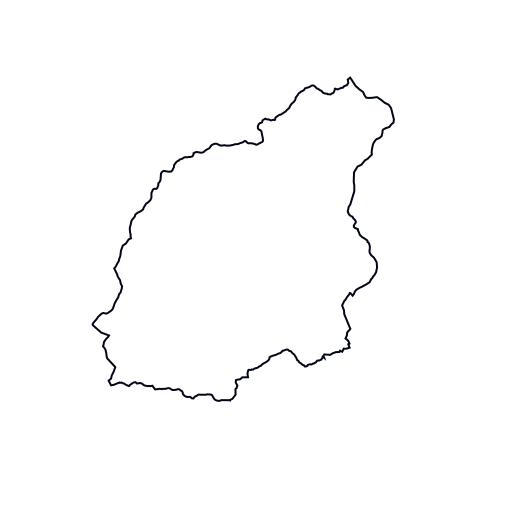 Petrila, Hunedoara, Romania (Albers equal-area conic projection), rotated 242°
{"feature_id": "2599482B59841529330805", "entity_name": "Petrila", "entity_type": "district", "adm_level": 2, "iso_a3": "ROU", "parent_name": "Romania", "parent_adm1": "Hunedoara", "projection": "albers", "projection_center": [23.488, 45.463], "detail": "fine", "context": "isolated", "style": "outline", "palette": "ink", "viewbox_px": 512, "rotation_deg": 242, "n_neighbors": 0, "source": "geoboundaries", "source_scale": "gbopen_adm2", "svg_char_len": 6113}
<svg xmlns="http://www.w3.org/2000/svg" viewBox="0 0 512 512"><g transform="rotate(242 256 256)"><path d="M369.3,422.9L368.7,419.8L366.0,419.0L365.3,418.4L364.2,416.5L364.5,413.4L363.8,411.7L364.3,410.6L364.8,406.2L366.7,404.4L366.6,404.1L365.5,403.3L364.2,401.7L363.6,400.3L363.9,399.3L363.7,397.7L365.2,395.2L365.9,395.0L366.8,393.5L368.5,391.9L371.0,391.3L372.9,390.0L374.1,389.5L375.4,388.4L378.7,387.4L379.6,386.7L380.1,385.9L380.4,384.8L380.2,384.1L380.2,382.0L381.0,378.0L380.1,376.4L379.9,375.8L379.9,374.0L380.1,373.2L379.7,371.6L379.6,370.1L378.4,368.2L377.3,365.5L376.2,364.7L375.2,363.6L374.4,361.9L373.5,358.4L372.5,356.6L371.3,355.1L370.9,354.1L370.5,352.1L369.7,349.9L369.6,348.9L369.2,344.2L369.6,343.3L369.6,342.4L369.2,338.9L368.7,337.8L367.4,336.8L367.4,336.1L368.3,334.9L368.6,333.0L370.8,331.1L371.5,329.8L372.9,328.7L372.8,325.9L372.6,325.4L371.2,324.1L371.2,323.0L371.5,322.0L371.0,320.0L369.6,318.5L368.1,317.7L366.7,317.7L364.6,319.1L363.7,319.3L356.8,317.3L354.6,316.4L353.9,315.5L353.8,314.8L353.9,310.9L353.8,309.7L354.1,308.5L355.9,307.0L357.7,304.9L359.2,302.1L359.9,301.6L362.1,300.9L362.8,300.2L362.6,297.4L363.1,295.1L363.3,292.7L364.6,289.7L364.8,288.0L365.9,284.5L367.6,281.3L368.8,279.9L369.3,278.0L370.1,277.0L370.3,276.3L373.4,274.1L374.1,273.1L374.6,271.5L374.8,269.2L374.5,268.2L373.1,265.6L373.0,261.1L372.3,258.2L373.0,255.9L375.6,252.6L376.0,251.3L376.1,249.1L375.1,248.6L373.9,246.9L373.8,246.4L374.1,245.5L374.3,244.4L375.1,243.0L375.5,241.4L376.2,240.5L376.8,238.7L376.5,236.3L377.0,233.7L376.5,232.7L376.6,231.1L376.2,229.5L375.3,227.5L374.6,226.3L372.7,225.0L372.0,223.7L371.0,222.6L370.4,221.0L370.7,219.9L371.8,217.9L374.4,214.6L374.5,213.3L374.2,212.0L373.2,210.7L368.0,207.4L366.6,205.6L366.0,203.9L364.3,202.9L362.7,201.2L362.1,199.7L362.2,199.2L363.0,197.8L363.2,197.0L362.9,196.1L360.8,193.3L356.9,191.2L356.0,190.4L354.9,188.9L354.0,185.8L353.8,183.5L351.2,179.2L350.2,178.2L349.9,177.4L349.6,174.1L349.8,171.7L349.3,169.2L349.0,168.6L347.8,167.6L345.9,163.1L344.5,161.6L342.7,160.3L341.2,158.7L339.5,157.4L336.0,155.9L333.9,155.4L332.0,154.4L330.3,154.0L330.2,153.6L330.5,152.2L330.4,151.3L328.1,147.0L327.8,144.0L327.5,143.0L324.0,139.2L319.7,136.2L317.2,133.4L315.8,132.4L315.3,131.3L312.3,126.8L311.6,125.0L305.7,124.8L302.8,124.3L298.4,124.6L295.9,123.8L293.3,123.5L292.2,123.6L290.2,122.1L287.3,119.2L286.6,117.3L284.2,114.9L282.2,111.4L281.1,110.0L280.3,108.7L277.3,105.6L276.1,103.9L275.7,102.2L275.3,98.9L275.4,97.0L275.7,96.3L277.4,94.5L277.6,92.6L276.4,88.0L275.0,85.4L273.4,81.1L272.3,79.6L271.4,79.5L261.2,83.3L254.8,88.9L253.9,87.2L253.1,84.7L251.5,81.5L249.2,79.7L248.1,78.5L245.6,79.1L243.5,79.0L240.9,78.3L236.6,76.7L235.3,76.6L224.0,79.6L220.9,76.3L218.1,72.4L215.8,70.5L215.1,67.4L209.9,67.3L209.0,69.9L208.6,74.7L208.3,75.4L208.4,76.1L207.7,76.7L207.5,77.7L206.9,78.3L206.4,78.3L206.2,78.7L205.3,79.7L203.9,80.3L201.0,82.5L200.8,83.1L201.2,83.7L201.7,87.1L201.7,88.8L201.3,90.1L200.9,90.5L199.3,91.0L198.3,93.9L198.0,94.4L196.8,95.4L194.2,96.6L193.0,98.0L191.9,99.3L191.4,100.8L190.6,101.7L190.1,103.6L185.6,104.3L185.2,105.4L184.4,107.1L184.0,108.7L182.7,110.2L182.6,111.1L181.2,113.7L181.2,114.3L180.4,116.7L179.6,117.8L177.9,118.6L176.8,119.5L175.5,122.3L175.1,124.4L174.6,125.4L171.2,127.2L169.7,127.2L168.8,126.7L168.1,126.7L165.7,127.4L164.1,128.7L162.4,131.9L160.6,132.5L160.1,133.0L159.6,133.9L160.5,135.8L160.5,137.1L160.3,137.9L160.6,138.9L160.5,140.5L159.6,141.8L156.9,146.9L156.8,148.0L154.9,151.0L153.6,152.0L152.7,151.8L148.8,152.1L147.1,153.2L146.2,154.2L145.4,155.5L145.1,156.3L145.0,157.8L141.4,164.4L141.1,165.2L140.8,165.3L141.1,165.6L140.9,167.2L141.1,168.5L143.2,172.9L147.7,175.1L148.2,175.6L148.6,177.1L149.0,177.3L150.3,178.7L153.7,178.7L155.8,180.0L155.6,180.8L155.7,181.1L154.7,183.8L154.7,184.7L155.3,186.9L152.7,192.0L156.2,193.3L158.7,195.4L158.9,196.2L157.7,198.2L157.8,199.1L157.1,199.9L157.3,202.1L156.7,204.5L156.7,205.8L157.0,207.3L156.8,209.0L157.4,210.6L157.6,212.6L157.6,215.3L158.0,217.9L158.8,219.3L160.3,220.6L160.3,222.3L160.1,222.9L160.2,223.5L159.4,226.9L159.3,229.8L158.9,232.0L159.0,232.7L159.9,235.1L159.5,236.0L159.2,238.5L159.0,239.3L158.0,240.4L157.1,240.6L156.1,241.2L155.7,242.0L155.3,242.2L153.3,242.5L151.0,243.5L146.5,243.8L145.1,243.4L143.6,244.2L142.6,244.1L141.3,244.5L139.7,245.5L138.4,245.8L137.0,247.0L135.6,247.2L135.0,248.3L134.8,249.7L135.3,250.2L135.4,250.6L135.2,252.5L134.2,254.0L134.3,255.6L133.9,256.4L134.1,257.5L133.9,258.5L134.8,260.7L134.7,261.6L134.1,262.4L133.9,265.0L134.4,265.7L134.6,266.6L135.0,267.1L136.6,267.9L135.7,267.8L134.3,268.4L136.2,268.6L137.0,270.1L133.9,275.1L134.1,278.5L133.7,280.3L133.7,281.2L132.1,284.6L132.9,285.8L131.0,287.2L133.0,290.0L131.8,292.0L131.1,295.6L134.5,296.0L134.6,296.9L134.9,296.8L134.9,297.4L137.2,297.6L138.9,297.3L141.1,296.3L143.5,299.3L145.1,300.0L146.1,301.5L146.8,303.9L147.4,305.1L163.1,306.6L166.8,308.2L171.9,308.8L174.9,312.9L175.3,314.3L176.9,316.9L178.3,320.2L179.3,321.4L178.5,322.1L175.6,322.7L176.4,324.4L178.3,326.8L179.1,328.8L179.3,332.8L179.1,335.8L179.2,340.3L179.5,344.0L181.4,346.6L181.9,348.4L182.7,349.3L183.6,351.7L185.3,354.4L189.0,357.5L193.8,359.6L199.0,359.4L202.8,358.0L205.6,357.9L207.8,358.9L208.8,359.8L210.9,361.0L214.0,361.7L215.0,361.6L215.9,361.1L216.0,361.3L217.6,361.5L221.1,359.7L222.5,358.7L225.9,357.6L228.8,358.0L230.5,358.0L231.7,358.6L234.5,356.4L235.5,356.1L236.9,356.6L237.9,358.1L238.6,359.7L239.6,360.3L241.5,360.3L243.5,359.6L244.8,359.7L245.5,359.5L246.5,358.6L248.8,357.7L250.4,357.6L251.6,358.0L252.1,357.8L255.9,361.0L256.8,362.6L257.0,363.2L266.9,373.1L271.9,375.8L275.8,377.2L283.8,381.8L287.3,387.6L287.1,391.9L289.3,397.2L289.4,400.1L291.2,406.0L292.6,406.4L295.7,408.4L299.3,411.4L300.8,413.2L302.3,416.2L302.6,417.5L302.3,419.2L302.3,421.1L303.0,423.4L305.5,425.5L307.3,426.6L307.9,427.7L308.0,430.2L307.3,434.3L308.6,437.1L309.3,440.1L311.9,441.9L323.2,444.7L327.4,444.1L330.8,441.6L335.5,439.6L339.5,437.4L341.3,432.4L343.1,428.9L344.2,427.6L346.6,427.3L350.6,427.5L354.9,425.4L359.4,423.8L369.3,422.9Z" fill="none" stroke="#020617" stroke-width="2"/></g></svg>